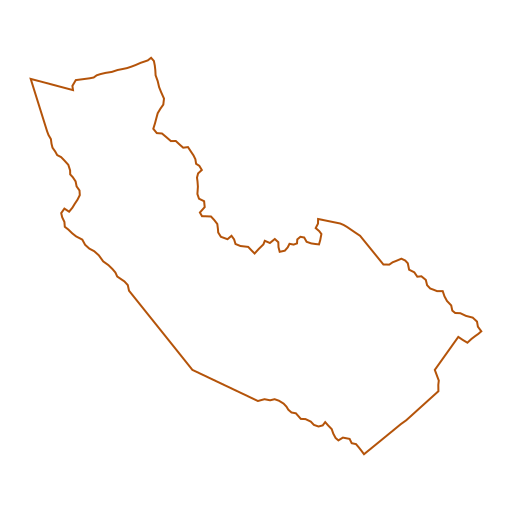 the district of Riachão do Dantas, Sergipe, Brazil
{"feature_id": "56859067B70270123986281", "entity_name": "Riachão do Dantas", "entity_type": "district", "adm_level": 2, "iso_a3": "BRA", "parent_name": "Brazil", "parent_adm1": "Sergipe", "projection": "mercator", "projection_center": [-37.805, -11.019], "detail": "fine", "context": "isolated", "style": "outline", "palette": "amber", "viewbox_px": 512, "rotation_deg": 0, "n_neighbors": 0, "source": "geoboundaries", "source_scale": "gbopen_adm2", "svg_char_len": 2709}
<svg xmlns="http://www.w3.org/2000/svg" viewBox="0 0 512 512"><path d="M472.7,317.6L466.0,315.9L460.3,313.2L455.2,313.0L452.3,310.6L451.2,305.4L447.0,301.0L444.5,296.4L442.7,291.1L437.0,291.1L433.5,289.7L430.2,288.5L427.1,285.2L425.8,279.9L421.4,276.3L417.3,276.7L414.3,272.3L409.1,269.7L407.8,263.3L405.2,260.5L401.4,258.7L396.2,260.9L392.6,262.3L389.3,264.6L383.4,264.5L360.1,235.8L355.0,232.4L347.1,227.0L343.7,225.0L340.2,223.5L318.1,219.0L318.0,223.6L315.7,228.1L319.2,231.1L321.4,234.0L320.2,240.2L319.0,244.4L315.3,244.0L311.2,243.4L306.6,241.8L304.2,237.5L300.4,236.8L297.3,239.4L297.0,243.4L293.6,244.6L289.5,243.8L287.7,247.4L284.8,250.7L279.7,251.8L278.5,247.2L278.3,242.2L274.8,239.0L269.9,243.0L264.8,240.8L263.4,244.4L258.7,249.0L254.6,253.5L251.5,250.4L248.2,246.9L240.4,246.0L235.5,244.0L234.1,239.4L231.5,235.8L227.5,239.2L220.9,236.8L218.2,232.5L217.9,228.7L217.3,224.0L214.3,220.1L211.0,216.5L206.3,216.3L202.0,216.2L199.9,212.5L204.7,207.1L204.1,201.2L199.0,198.7L197.4,194.0L197.9,186.7L197.5,181.4L197.0,177.6L198.1,173.4L201.8,170.0L199.3,165.8L196.1,163.8L195.4,159.3L193.5,155.4L191.0,151.7L188.0,147.1L183.2,147.7L180.0,144.9L175.8,141.0L170.9,141.1L166.4,137.2L162.0,133.5L156.8,133.1L153.3,128.8L155.0,123.3L156.4,118.0L157.7,113.2L160.4,108.7L163.3,104.6L164.0,98.6L161.1,92.1L159.1,87.1L157.7,81.1L155.6,75.3L155.3,70.0L154.8,65.6L153.9,61.0L151.1,57.8L147.8,60.4L144.3,61.6L140.7,62.8L135.7,65.0L131.5,66.6L127.0,68.1L122.2,69.1L117.6,70.0L111.9,71.9L105.5,72.9L100.4,74.1L96.7,75.3L93.7,77.5L89.6,78.3L82.8,79.2L75.8,80.1L72.4,85.9L73.0,90.1L30.7,78.9L47.1,131.3L48.5,135.0L50.9,139.1L51.5,143.7L52.5,147.7L55.2,151.5L57.2,155.1L61.1,157.1L64.4,160.5L68.3,164.8L70.1,170.4L70.2,174.4L72.8,177.2L75.6,181.4L76.6,186.4L79.5,190.5L79.8,195.1L77.5,199.7L74.7,203.9L72.4,207.7L69.1,211.7L64.4,208.6L61.2,213.1L62.2,217.3L64.4,221.9L64.8,226.8L68.3,229.5L72.2,233.3L76.1,236.4L82.3,239.6L85.1,244.8L89.3,248.6L94.2,251.2L98.8,255.3L103.2,261.4L108.4,265.1L112.5,269.1L115.4,272.5L117.2,276.5L120.7,278.9L124.4,281.4L127.8,285.1L129.0,290.7L162.9,333.0L171.3,343.5L192.4,369.9L257.9,401.0L264.5,399.2L270.1,400.3L274.6,399.2L278.9,400.7L283.6,403.6L286.5,406.7L288.3,409.7L291.5,412.5L295.9,413.3L300.8,418.9L305.5,419.1L310.8,421.6L313.9,424.9L318.5,426.5L322.7,425.4L325.2,422.1L328.2,425.5L331.7,429.1L333.3,433.7L335.6,438.0L338.4,440.4L342.9,437.6L349.6,438.9L351.7,443.2L356.0,444.1L358.7,447.3L361.3,450.6L364.0,454.2L377.3,443.4L401.0,424.0L406.2,420.3L438.4,391.2L438.3,384.8L438.8,380.6L434.8,369.9L458.3,336.9L462.7,339.9L467.4,342.7L471.5,338.9L475.3,336.0L478.3,333.9L481.3,331.3L477.9,326.7L477.0,321.6L472.7,317.6Z" fill="none" stroke="#b45309" stroke-width="2"/></svg>